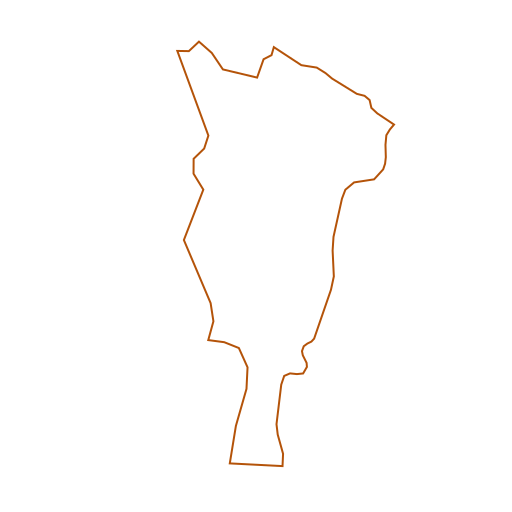 the District of Kanungu, rotated 190°
{"feature_id": "UGA-3377", "entity_name": "Kanungu", "entity_type": "District", "adm_level": 1, "iso_a3": "UGA", "parent_name": "Uganda", "parent_adm1": "", "projection": "mercator", "projection_center": [29.677, -0.754], "detail": "fine", "context": "isolated", "style": "outline", "palette": "amber", "viewbox_px": 512, "rotation_deg": 190, "n_neighbors": 0, "source": "natural_earth", "source_scale": "10m", "svg_char_len": 963}
<svg xmlns="http://www.w3.org/2000/svg" viewBox="0 0 512 512"><g transform="rotate(190 256 256)"><path d="M142.9,409.4L146.1,403.9L148.6,397.6L147.8,388.0L145.3,375.8L144.9,369.3L145.8,363.4L153.0,352.0L172.2,345.5L179.5,336.8L181.3,327.4L183.0,288.3L181.5,274.7L175.8,249.4L176.3,235.8L184.4,184.7L186.6,181.3L190.2,178.7L193.3,175.4L194.2,170.3L192.7,166.4L187.6,159.5L186.6,155.6L189.2,148.5L195.2,146.8L202.1,146.3L207.4,142.8L208.8,133.7L206.6,93.9L203.6,83.9L196.8,69.7L195.0,65.9L193.4,53.7L245.8,47.2L246.3,85.2L242.3,123.5L245.0,144.9L256.9,162.4L272.3,165.6L288.4,164.9L286.6,184.3L292.5,201.7L329.8,259.2L319.4,312.2L331.8,326.2L334.3,340.9L325.7,352.8L323.8,366.3L369.1,444.3L357.7,446.1L349.4,457.2L334.8,448.3L321.0,434.0L285.9,431.9L282.7,451.1L275.6,456.5L274.7,464.8L244.5,451.8L228.9,452.1L219.3,448.2L211.8,443.9L184.9,433.2L176.9,432.6L171.2,429.3L168.1,421.9L161.3,417.5L142.9,409.4Z" fill="none" stroke="#b45309" stroke-width="2"/></g></svg>